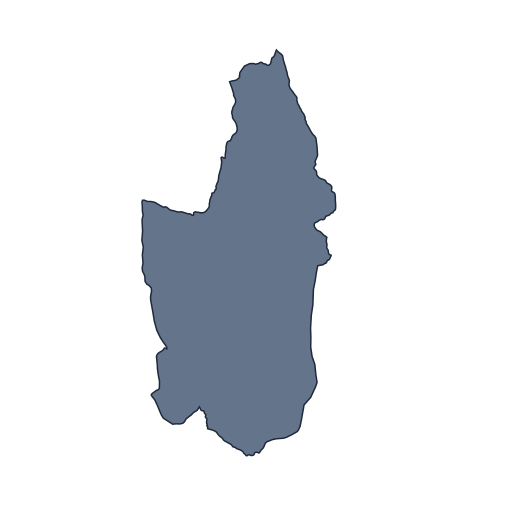 outline of Boyacá, Boyacá, Colombia, rotated 121°
{"feature_id": "7082276B78300809096113", "entity_name": "Boyacá", "entity_type": "district", "adm_level": 2, "iso_a3": "COL", "parent_name": "Colombia", "parent_adm1": "Boyacá", "projection": "albers", "projection_center": [-73.391, 5.44], "detail": "fine", "context": "isolated", "style": "filled", "palette": "slate", "viewbox_px": 512, "rotation_deg": 121, "n_neighbors": 0, "source": "geoboundaries", "source_scale": "gbopen_adm2", "svg_char_len": 6121}
<svg xmlns="http://www.w3.org/2000/svg" viewBox="0 0 512 512"><g transform="rotate(121 256 256)"><path d="M381.5,284.7L381.5,285.4L381.7,286.4L382.1,287.1L382.6,287.0L384.0,287.2L386.3,287.9L387.8,288.9L390.3,289.9L392.6,289.8L393.9,289.3L395.2,288.2L400.1,284.6L403.7,282.2L408.4,278.4L410.3,276.7L412.9,274.3L418.3,271.2L419.5,270.7L420.6,270.9L421.5,271.2L422.1,271.9L422.7,272.2L427.2,274.1L428.3,274.4L429.3,274.0L430.1,272.3L431.5,268.6L435.0,263.4L439.7,257.1L441.0,255.2L442.7,252.0L443.1,240.8L441.3,238.5L439.1,234.7L437.7,233.2L436.9,232.5L434.7,231.9L433.0,232.0L431.7,232.0L430.5,231.6L427.9,230.6L425.5,229.6L422.9,229.1L421.2,228.4L419.4,227.3L418.3,226.9L414.5,226.8L416.2,224.1L416.5,223.5L416.5,223.0L415.8,221.2L415.9,220.5L416.6,220.0L417.2,219.2L418.0,217.3L418.6,216.9L419.7,216.7L420.2,216.3L420.6,215.4L420.8,214.4L421.4,213.9L423.6,213.0L424.5,212.4L425.1,211.8L425.2,211.1L425.9,210.9L426.4,210.9L426.9,210.7L427.1,209.9L427.4,209.3L428.3,209.0L429.0,208.5L427.5,203.2L427.3,201.3L427.3,199.4L428.6,196.3L429.3,193.7L429.3,192.3L429.6,190.9L430.4,189.3L430.7,187.8L430.4,181.2L430.4,179.9L431.4,177.7L431.2,176.5L430.8,175.4L430.9,174.3L431.2,173.6L430.8,172.5L430.7,171.0L430.3,169.7L430.4,167.0L430.6,166.1L431.2,165.2L431.5,164.3L431.5,163.6L431.7,162.8L432.1,162.0L432.1,161.3L431.8,160.8L430.5,160.2L429.9,159.5L429.6,157.5L429.0,156.6L427.9,155.6L426.9,155.4L426.3,155.7L425.5,155.7L424.4,155.2L423.8,154.3L423.6,153.4L423.5,152.3L422.9,151.8L422.0,151.7L420.4,151.7L419.5,151.6L417.4,151.0L415.3,151.0L413.3,151.4L411.7,151.6L409.9,151.1L408.4,150.1L407.2,149.0L405.4,147.8L402.4,144.7L397.8,138.3L395.4,136.3L390.9,133.4L385.4,130.3L383.7,130.0L379.6,130.4L372.8,132.8L358.9,138.1L355.5,137.5L350.5,136.6L349.3,136.3L337.2,137.6L332.8,138.6L327.5,143.1L318.8,149.6L313.1,156.3L305.9,162.2L297.4,167.1L289.7,172.1L278.0,178.2L268.8,182.0L255.0,189.6L246.8,192.5L239.7,195.5L232.6,198.1L228.9,194.0L228.1,193.6L227.5,193.5L226.8,193.2L226.4,192.5L225.1,192.2L223.4,192.6L222.7,192.2L221.9,191.6L220.9,191.3L219.1,191.6L218.4,191.6L216.7,191.9L216.6,192.4L216.9,193.2L216.8,194.0L216.6,194.7L216.0,195.5L214.5,196.6L213.8,197.3L213.2,198.7L212.6,199.5L211.7,200.1L210.5,200.6L209.9,200.8L207.7,202.9L206.3,203.8L204.3,204.7L203.6,204.8L203.3,205.6L203.2,207.2L203.3,208.5L202.4,211.7L202.1,213.5L202.2,215.2L202.5,216.9L202.0,218.6L200.8,221.0L199.9,221.8L198.2,222.6L197.3,222.6L194.8,220.9L193.0,220.2L191.8,219.5L190.9,218.8L190.8,217.9L190.4,217.2L189.6,216.6L188.5,216.3L187.4,216.4L186.0,216.7L185.0,215.7L182.9,214.1L182.2,214.1L181.2,213.9L180.1,213.2L179.3,212.4L178.6,212.5L177.1,212.4L175.6,211.8L174.4,212.2L172.3,213.3L169.3,215.3L167.7,216.5L164.4,218.5L162.3,220.2L161.7,221.0L161.5,222.1L161.6,224.1L161.1,225.0L158.2,226.3L157.4,227.0L156.8,228.7L156.7,230.0L156.9,232.1L156.8,233.1L156.0,234.5L155.6,235.3L155.5,236.3L155.8,238.0L156.3,240.5L156.4,241.9L156.2,243.0L155.9,243.7L155.6,244.8L155.0,245.8L154.9,246.0L153.1,247.1L152.7,247.5L152.3,248.2L152.0,248.4L151.8,249.1L151.3,251.1L151.0,251.7L150.3,251.9L149.6,252.0L148.8,252.0L146.9,251.8L146.5,252.0L145.8,253.0L145.4,253.3L144.7,253.8L143.8,254.2L143.4,254.3L140.5,254.6L138.2,255.0L134.7,257.3L129.9,260.7L126.6,263.4L125.1,264.5L124.8,264.9L123.8,265.7L123.3,267.1L123.0,267.6L122.8,268.1L122.7,269.2L122.5,269.9L120.9,273.3L119.0,276.3L116.2,281.5L115.8,281.8L115.2,282.0L113.3,284.8L112.0,285.1L111.0,286.4L109.8,288.1L108.3,291.6L107.1,293.1L106.2,295.0L105.4,296.0L104.7,297.2L104.2,298.2L103.4,299.2L101.3,301.3L99.5,302.3L98.9,302.9L98.6,303.5L97.4,306.7L96.2,309.2L95.3,311.8L94.4,313.5L93.5,314.7L92.0,316.1L88.8,317.5L88.0,318.1L85.3,321.7L82.4,324.2L81.2,325.6L78.6,328.2L76.9,330.2L74.0,333.4L70.7,336.3L70.3,337.3L69.9,338.7L69.7,341.7L68.9,344.6L70.4,344.4L74.3,343.5L76.2,343.5L77.7,344.2L78.3,344.3L83.3,342.7L84.0,342.7L85.4,343.0L86.2,343.8L86.7,344.6L86.7,345.3L86.5,345.9L86.5,346.5L86.7,347.2L87.1,347.9L87.2,348.5L87.3,349.1L87.2,350.4L87.3,351.5L88.2,352.3L89.6,352.7L89.6,353.0L91.8,355.1L92.1,356.8L93.9,359.9L94.6,360.7L95.6,361.3L99.0,363.7L106.9,364.3L110.2,363.0L110.7,362.7L110.7,362.3L111.1,362.2L112.1,362.3L113.1,362.6L114.2,363.0L115.4,363.6L116.3,364.4L118.7,367.1L120.2,368.4L125.3,362.1L126.2,361.3L128.0,359.1L130.0,357.8L131.3,355.6L132.3,354.3L133.8,353.2L135.0,352.6L137.0,352.3L138.7,352.3L140.3,352.3L142.2,351.7L144.2,351.3L146.1,350.3L148.2,348.2L149.4,347.5L150.3,346.1L152.1,342.0L154.3,339.6L155.5,338.5L156.9,337.4L158.4,336.9L160.4,336.5L162.5,337.3L164.4,338.0L166.1,338.0L167.8,337.6L168.8,337.5L169.6,337.3L170.4,337.5L171.0,338.1L172.4,339.1L173.3,339.2L174.2,339.2L177.9,337.9L178.8,337.3L180.8,336.3L184.9,334.6L187.9,332.9L188.2,332.9L188.5,333.5L188.6,334.0L188.6,335.5L188.7,336.1L189.1,336.5L189.8,336.5L191.6,335.1L192.6,334.1L194.6,333.1L197.0,332.1L198.4,331.4L199.8,331.1L205.6,329.5L207.4,328.8L209.4,327.8L211.6,327.0L213.3,326.9L216.9,326.2L218.7,324.8L219.4,324.7L220.1,325.1L221.4,324.8L222.9,324.7L223.4,324.7L224.0,325.2L224.7,326.1L225.6,325.8L227.2,325.0L227.9,325.0L228.6,325.1L229.4,324.8L230.2,324.6L231.3,324.6L233.3,323.6L235.2,323.0L236.6,322.1L237.9,321.5L239.1,321.4L241.7,321.7L243.4,322.0L245.1,322.8L246.2,323.6L247.4,325.6L247.8,326.6L248.0,327.6L248.7,328.7L249.2,330.3L249.7,331.1L251.0,331.7L252.9,330.8L253.3,330.6L253.8,331.1L253.9,331.6L253.8,334.2L255.0,336.4L255.5,339.0L255.9,340.0L256.1,341.5L256.5,342.6L258.2,345.1L258.7,346.4L259.1,347.7L259.5,349.4L259.7,350.3L260.6,352.2L260.7,354.7L260.2,357.1L260.3,358.0L260.5,359.1L261.9,360.3L261.9,362.8L262.2,364.1L262.0,366.2L262.2,367.8L262.0,369.4L262.2,370.5L262.9,372.8L263.7,374.7L265.0,376.8L265.3,377.8L265.6,380.3L266.6,382.0L268.0,381.7L268.8,381.3L271.3,379.5L276.3,376.3L279.1,373.8L283.7,372.3L293.3,365.9L301.2,362.0L306.6,357.1L313.6,354.0L320.1,349.3L324.9,347.4L327.4,345.5L328.6,343.7L329.3,342.5L331.0,340.6L334.9,338.0L336.4,335.1L336.3,332.8L337.3,329.3L340.3,327.2L342.9,326.4L345.8,325.1L348.0,323.6L356.9,315.8L364.2,309.6L370.9,302.6L375.5,295.5L377.9,290.4L379.9,285.8L381.5,284.7Z" fill="#64748b" stroke="#1e293b" stroke-width="1.5"/></g></svg>